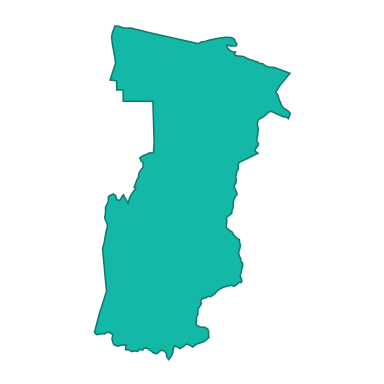 Taió, Santa Catarina, Brazil (Mercator projection), rotated 269°
{"feature_id": "56859067B18203284661636", "entity_name": "Taió", "entity_type": "district", "adm_level": 2, "iso_a3": "BRA", "parent_name": "Brazil", "parent_adm1": "Santa Catarina", "projection": "mercator", "projection_center": [-50.11, -27.092], "detail": "fine", "context": "isolated", "style": "filled", "palette": "teal", "viewbox_px": 384, "rotation_deg": 269, "n_neighbors": 0, "source": "geoboundaries", "source_scale": "gbopen_adm2", "svg_char_len": 3432}
<svg xmlns="http://www.w3.org/2000/svg" viewBox="0 0 384 384"><g transform="rotate(269 192 192)"><path d="M341.6,114.9L328.5,117.1L322.0,117.8L305.4,112.0L304.5,118.6L295.3,118.5L295.2,124.9L283.9,124.8L283.3,154.5L271.4,154.6L242.4,155.0L231.7,154.1L231.9,150.2L230.4,147.2L229.2,143.7L227.1,140.4L223.8,141.7L221.9,143.7L219.7,143.5L217.5,143.6L215.3,141.5L213.3,140.1L210.4,138.9L207.3,138.6L205.3,137.1L202.6,136.2L200.2,135.2L197.7,134.2L196.3,135.9L193.9,133.6L191.9,132.2L189.0,130.4L186.7,129.3L184.3,128.6L181.9,127.8L185.5,126.0L187.7,124.5L190.4,123.6L188.9,122.1L186.9,121.0L184.9,119.4L185.7,116.5L189.3,115.9L191.4,113.6L190.2,110.3L188.6,108.2L185.3,108.3L183.0,107.8L180.8,106.6L178.5,105.3L176.3,105.2L174.2,105.2L171.6,105.0L168.2,104.2L164.8,105.2L162.0,106.5L159.0,106.9L155.9,106.0L153.0,105.2L143.4,103.4L136.9,101.6L106.8,103.8L94.2,104.8L77.9,99.3L72.9,97.5L53.3,92.0L51.0,94.2L51.5,96.9L51.8,99.3L51.7,102.4L53.4,105.3L52.4,108.4L50.3,110.3L46.8,109.4L43.9,110.0L40.6,111.2L39.1,115.2L40.3,118.9L39.9,123.5L35.5,122.7L35.3,126.2L33.4,128.9L34.2,132.1L33.4,134.8L35.5,136.6L34.9,140.0L36.7,141.3L36.5,144.4L34.2,147.8L31.8,150.5L30.8,153.8L32.4,155.9L34.2,158.0L33.8,161.0L31.0,163.7L28.3,163.7L24.8,165.7L27.3,167.8L29.1,169.0L31.7,170.0L35.6,170.6L38.7,172.1L37.4,174.2L35.6,177.4L37.9,181.1L40.1,183.8L38.8,187.3L36.9,190.1L38.6,192.1L39.9,194.3L40.8,197.0L41.6,199.7L42.7,202.2L44.8,204.8L46.6,206.5L49.2,206.1L52.2,206.2L54.8,205.3L56.7,202.0L56.7,198.5L58.4,194.4L60.9,193.7L63.5,194.4L66.2,194.1L69.3,195.6L71.6,195.8L74.7,195.8L77.7,197.9L80.3,199.6L82.8,198.5L85.5,200.9L85.9,204.0L87.4,206.0L87.0,208.6L88.2,210.8L90.2,213.4L92.8,215.7L94.5,218.3L96.2,221.7L97.2,225.5L98.0,229.6L97.0,232.6L98.9,235.5L100.7,237.4L100.8,239.9L103.1,240.3L106.2,239.1L108.6,238.7L110.6,240.0L113.4,240.2L116.9,241.4L119.8,241.4L122.3,239.7L125.0,239.3L127.2,238.2L130.6,237.5L134.2,238.7L137.6,239.6L140.8,238.7L143.6,238.6L145.3,235.7L147.9,233.3L151.3,231.4L153.3,228.5L155.5,226.0L157.9,225.6L160.4,226.1L162.7,226.4L165.0,225.7L166.9,227.3L168.2,229.1L170.1,231.4L172.9,231.7L175.0,232.6L177.2,233.1L179.4,232.9L181.6,233.3L183.7,233.8L186.2,235.0L188.5,237.0L191.0,236.6L194.7,235.0L197.7,234.1L200.0,236.0L203.0,236.5L206.0,235.9L208.9,236.6L211.0,237.0L213.7,238.6L217.2,238.8L220.4,239.1L229.6,258.7L232.0,255.6L234.7,256.8L237.0,258.6L239.2,259.5L240.8,257.9L243.1,257.7L245.7,258.1L247.7,258.8L250.6,258.8L253.0,259.5L256.0,258.8L259.9,258.6L263.2,259.5L264.8,262.5L266.0,264.8L267.4,266.6L269.4,268.7L271.3,271.7L270.4,274.7L268.7,277.7L267.3,281.0L265.7,284.4L265.1,287.7L263.6,289.8L266.1,290.6L268.8,291.8L271.2,289.7L273.2,286.5L275.2,284.2L277.5,282.8L280.0,282.1L282.9,280.6L285.5,280.2L287.9,279.3L290.3,277.5L296.9,281.7L309.0,292.0L315.1,276.4L315.6,270.9L317.0,267.5L319.3,264.5L319.2,261.7L320.8,260.2L321.4,257.7L322.6,255.1L323.3,252.4L324.3,250.1L325.2,248.0L326.5,246.2L327.0,242.8L327.3,239.3L328.7,236.7L331.3,238.0L331.4,235.5L332.8,232.3L335.5,230.0L338.5,229.5L337.3,232.7L337.3,235.8L337.5,239.0L339.7,239.3L341.8,237.6L343.8,237.2L345.7,234.5L346.0,231.2L346.1,227.7L345.7,224.8L345.3,221.2L344.6,217.1L343.7,212.7L343.0,209.9L342.3,207.7L341.9,204.0L340.2,201.1L351.8,153.3L357.1,133.4L357.0,129.3L357.3,126.2L358.1,123.9L359.2,121.2L359.2,117.6L356.8,116.9L353.9,115.7L350.9,114.8L347.7,114.3L344.4,114.7L341.6,114.9Z" fill="#14b8a6" stroke="#0f766e" stroke-width="1.5"/></g></svg>